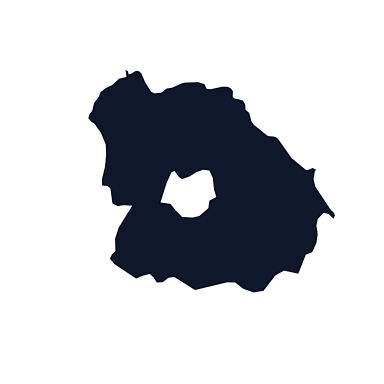 map outline of Baranya (Albers equal-area conic projection), rotated 219°
{"feature_id": "HUN-3155", "entity_name": "Baranya", "entity_type": "County", "adm_level": 1, "iso_a3": "HUN", "parent_name": "Hungary", "parent_adm1": "", "projection": "albers", "projection_center": [18.29, 46.076], "detail": "fine", "context": "isolated", "style": "filled", "palette": "ink", "viewbox_px": 384, "rotation_deg": 219, "n_neighbors": 0, "source": "natural_earth", "source_scale": "10m", "svg_char_len": 1767}
<svg xmlns="http://www.w3.org/2000/svg" viewBox="0 0 384 384"><g transform="rotate(219 192 192)"><path d="M110.3,286.4L110.3,285.1L106.0,277.7L99.8,273.1L73.5,264.8L68.6,264.4L66.8,263.2L66.4,261.1L72.3,261.7L77.4,259.0L78.1,250.0L74.7,243.6L68.5,238.0L64.0,230.5L61.5,221.1L64.9,214.9L58.9,195.8L71.7,189.3L75.5,179.6L75.0,160.5L81.3,153.4L91.3,149.8L101.8,149.6L108.5,144.4L128.4,118.4L152.9,115.5L157.1,110.8L158.6,104.0L162.6,100.4L168.1,102.2L173.7,102.5L177.8,97.0L181.5,90.3L206.7,87.9L213.2,89.1L214.2,93.1L213.5,98.1L221.7,107.6L225.9,118.6L229.2,145.2L237.6,139.1L241.3,134.9L246.5,133.9L257.3,144.2L261.5,144.3L265.8,141.5L269.3,145.5L274.9,157.3L281.5,167.3L288.4,175.2L299.2,181.1L310.6,184.5L314.6,184.0L318.4,184.7L319.9,188.0L319.8,192.3L323.4,199.9L323.6,207.3L325.1,211.9L323.6,218.5L320.7,224.4L319.2,233.9L314.3,240.2L318.9,244.6L317.9,244.7L315.1,242.2L312.9,245.5L312.0,248.4L311.1,250.5L308.8,251.8L306.2,251.5L297.6,247.0L286.9,243.4L282.9,244.3L278.0,249.2L277.2,250.7L276.6,254.5L276.0,256.4L275.7,256.5L272.5,260.1L267.8,269.4L265.2,272.6L255.9,280.6L250.2,282.8L245.4,280.5L241.8,282.9L234.3,292.2L230.2,295.5L228.6,295.9L227.2,296.1L225.7,295.9L224.3,295.5L224.2,295.5L220.6,290.8L217.1,290.8L213.6,292.8L209.8,294.2L206.1,292.8L202.4,288.8L197.5,288.7L190.8,283.7L186.8,282.4L169.0,282.4L167.1,283.0L163.3,285.7L161.0,286.6L158.5,286.6L135.7,280.2L120.8,280.1L117.2,280.1L115.2,281.2L114.1,283.6L112.9,285.9L110.3,286.4ZM219.3,198.2L221.2,194.5L218.0,182.4L210.2,162.9L201.2,168.4L192.8,166.6L183.8,165.6L175.1,171.8L170.6,177.4L168.3,189.8L172.2,196.3L169.0,203.7L176.0,208.4L184.4,216.8L192.2,220.5L198.0,216.8L201.8,210.3L204.4,202.8L208.3,196.3L212.2,196.3L219.3,198.2Z" fill="#0f172a" stroke="#020617" stroke-width="1.5"/></g></svg>